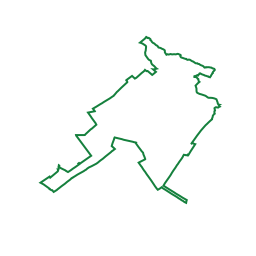 Gheraesti, Neamt, Romania, rotated 168°
{"feature_id": "2599482B79916457112257", "entity_name": "Gheraesti", "entity_type": "district", "adm_level": 2, "iso_a3": "ROU", "parent_name": "Romania", "parent_adm1": "Neamt", "projection": "equal_earth", "projection_center": [26.813, 47.034], "detail": "fine", "context": "isolated", "style": "outline", "palette": "green", "viewbox_px": 256, "rotation_deg": 168, "n_neighbors": 0, "source": "geoboundaries", "source_scale": "gbopen_adm2", "svg_char_len": 5634}
<svg xmlns="http://www.w3.org/2000/svg" viewBox="0 0 256 256"><g transform="rotate(168 128 128)"><path d="M158.3,154.2L157.1,151.7L157.0,151.3L163.9,151.4L161.8,146.5L161.4,145.4L158.7,139.4L158.6,139.1L158.6,138.9L158.5,138.4L158.3,137.8L163.7,134.8L164.3,134.6L164.8,134.4L170.8,130.8L171.7,130.1L180.3,131.9L180.3,131.4L169.8,108.5L179.7,104.3L182.3,103.2L183.1,104.0L183.9,103.6L183.2,102.7L187.5,100.8L190.3,99.7L192.7,98.6L195.8,97.4L195.9,97.5L196.3,97.7L197.2,98.7L197.7,99.0L197.9,99.4L198.1,99.6L201.7,102.4L203.1,103.7L203.3,104.1L203.3,104.7L203.0,105.3L203.0,105.5L203.4,105.9L203.8,104.8L204.1,104.2L204.3,104.0L204.9,103.7L203.7,104.2L204.7,101.7L205.1,101.4L205.3,101.6L205.3,101.4L205.4,100.7L205.7,100.2L214.4,95.6L214.8,96.8L225.0,92.7L222.3,90.4L217.2,84.8L217.4,84.5L215.7,83.0L215.0,82.9L214.6,82.0L214.0,80.9L210.4,82.2L210.0,82.5L206.7,84.1L205.1,84.9L201.3,86.6L198.7,88.0L195.4,89.5L194.1,90.3L192.7,90.8L192.8,90.9L189.8,91.9L187.2,92.9L180.3,95.0L178.9,95.6L177.6,96.0L176.3,96.8L174.3,97.6L171.6,98.2L166.3,99.7L164.5,100.5L162.5,101.6L162.2,101.7L161.0,102.3L159.1,103.1L155.8,104.9L154.0,105.8L153.6,106.0L151.2,107.2L149.8,107.9L149.3,108.2L149.2,108.3L148.6,108.7L148.1,108.8L145.2,110.2L146.2,111.7L147.7,113.7L146.3,116.3L144.0,119.9L143.5,121.0L143.2,121.2L143.0,121.5L141.3,120.7L136.2,118.3L134.7,117.4L126.1,113.5L125.3,113.0L124.3,112.6L123.8,112.4L123.1,112.0L123.5,111.4L123.3,111.0L121.7,107.3L120.0,103.7L119.6,102.7L118.4,100.7L118.4,98.9L118.1,97.5L117.8,95.7L117.7,94.6L117.6,94.0L117.7,93.9L117.8,93.8L122.7,92.5L124.8,91.9L123.0,87.7L122.9,87.6L122.7,87.3L121.9,85.0L121.4,83.8L121.2,83.2L121.0,82.8L120.5,81.9L119.3,78.8L119.0,78.2L118.8,77.6L118.6,77.3L116.2,71.8L114.4,67.3L113.6,65.2L113.4,64.8L112.5,62.8L111.7,61.4L109.5,62.1L107.3,63.1L106.7,62.1L105.3,60.7L104.6,60.1L102.0,57.5L100.9,56.4L99.8,55.3L99.1,54.6L98.5,54.0L94.6,50.4L92.9,48.5L92.4,48.2L91.4,47.1L90.0,45.7L89.4,45.3L88.7,44.4L88.2,43.9L87.1,43.0L86.7,42.7L85.9,44.6L85.5,45.3L89.3,48.7L91.4,50.8L95.1,54.2L95.8,55.0L100.5,59.5L105.3,64.2L103.4,66.3L96.4,72.8L94.3,75.1L92.4,77.0L89.7,79.5L87.8,81.5L86.9,82.2L84.9,84.2L82.1,86.7L80.6,88.2L79.7,89.4L78.9,90.2L77.1,89.4L76.9,89.5L75.3,88.7L74.9,89.5L74.4,89.2L71.6,92.2L65.6,98.2L66.7,98.8L67.1,99.1L67.9,100.0L68.2,100.1L68.7,99.6L69.7,99.1L67.8,100.9L65.8,102.7L62.0,106.2L57.0,110.5L52.6,113.8L51.5,114.6L49.3,115.9L48.9,116.2L46.3,117.8L45.0,118.5L44.9,118.6L44.7,118.8L44.0,119.0L43.8,119.9L43.3,120.5L42.8,121.4L42.5,122.3L41.2,123.5L40.8,123.8L40.2,124.0L40.3,124.7L40.2,125.7L40.0,126.3L39.6,126.6L39.5,126.9L39.3,127.0L39.2,127.2L39.4,127.5L39.3,127.8L39.3,128.1L39.3,129.2L39.3,129.4L39.2,129.5L38.1,130.0L37.6,130.0L37.1,129.9L36.5,129.5L35.9,129.4L35.5,129.5L35.3,129.5L35.2,129.4L34.9,129.6L34.3,129.8L33.7,129.9L34.2,130.7L34.5,131.8L34.0,131.9L34.8,132.3L34.9,132.7L35.1,133.5L35.0,134.3L35.2,135.4L35.5,137.6L36.0,138.1L37.4,139.0L39.3,139.9L41.4,140.5L42.4,140.7L43.1,140.9L43.6,141.3L45.2,143.1L45.8,143.6L49.2,145.6L51.0,146.5L52.0,147.3L52.9,148.0L53.3,148.8L53.3,149.9L52.8,152.5L53.1,155.4L50.3,157.3L48.6,158.2L49.1,158.7L49.1,159.5L49.1,160.4L49.1,161.3L49.4,161.4L49.6,161.6L49.9,162.5L50.5,163.4L50.7,163.5L50.8,163.7L51.2,163.8L51.8,163.9L52.0,164.0L52.5,164.1L52.5,164.3L52.2,164.9L51.8,164.8L51.2,164.7L50.7,164.9L49.8,165.2L49.3,165.2L48.9,165.3L48.6,164.8L47.3,165.9L47.0,165.9L46.6,166.5L46.1,166.5L44.5,165.1L42.5,163.9L42.4,163.7L41.7,163.2L40.6,162.7L39.2,161.8L38.9,161.8L38.6,161.6L38.5,161.3L38.1,161.0L37.2,160.6L36.9,161.0L36.2,161.5L35.6,162.4L34.6,163.3L34.2,163.9L33.6,164.1L33.6,164.7L32.9,165.4L31.3,166.5L31.0,166.8L31.3,167.9L32.1,168.4L33.0,168.8L33.8,169.7L35.0,170.1L35.8,170.5L37.2,170.9L38.8,171.0L39.0,171.1L39.1,171.3L39.7,171.1L40.1,171.1L40.4,171.1L40.7,171.3L41.3,172.5L41.7,172.9L42.1,173.3L43.8,174.4L44.3,174.8L45.0,175.7L45.5,175.9L46.1,176.1L46.3,176.3L46.6,176.8L47.6,177.0L48.4,177.3L48.8,177.7L49.5,178.4L50.1,179.2L50.4,179.3L50.8,179.7L51.5,180.1L53.2,181.8L53.5,182.0L54.1,182.2L54.5,182.3L55.3,182.2L55.4,182.3L56.2,182.7L56.4,183.0L56.5,183.2L56.6,183.4L57.0,183.4L57.6,183.8L58.4,184.2L59.8,185.1L61.2,185.9L61.5,186.2L61.6,186.4L61.8,186.9L61.9,187.5L61.5,187.9L61.3,188.2L61.4,188.5L61.6,188.7L62.7,189.4L63.3,189.9L64.0,190.2L64.4,190.2L65.9,190.1L67.0,190.4L67.5,190.6L69.4,190.8L70.3,191.1L70.5,191.3L70.9,191.5L72.6,191.4L73.4,191.5L73.7,191.8L74.2,192.0L75.2,191.7L75.3,191.9L75.3,192.2L75.7,193.0L76.2,194.3L76.1,194.7L76.0,195.4L75.9,196.3L76.3,196.8L76.9,197.5L78.8,198.8L78.9,199.0L79.5,199.5L80.5,200.0L81.1,200.2L81.5,200.5L81.9,201.8L82.6,202.7L82.9,202.8L83.5,203.4L84.8,205.3L85.6,205.8L86.5,206.9L86.9,207.7L87.1,208.6L87.5,209.0L87.8,209.3L87.7,209.5L87.6,209.9L87.6,210.2L87.9,210.7L88.6,211.2L88.8,211.4L88.9,211.8L89.1,211.9L90.3,212.0L90.9,213.1L91.2,213.3L92.9,211.9L98.5,209.0L97.6,208.5L96.2,207.5L94.0,205.3L93.5,204.6L93.4,203.7L94.6,200.0L95.4,198.6L95.6,198.1L95.8,195.6L93.9,191.2L93.1,190.1L91.7,189.1L91.6,188.7L91.7,188.0L91.7,186.8L91.3,185.3L90.3,184.0L89.5,183.1L88.0,180.5L87.6,180.1L89.9,180.0L90.9,180.0L91.2,180.1L89.0,177.1L92.0,175.5L92.2,175.4L93.3,174.9L95.6,177.9L96.9,179.6L97.0,179.7L97.9,179.7L98.2,179.9L99.3,181.3L99.4,181.2L99.9,180.8L100.6,180.2L103.3,178.9L106.2,177.2L109.4,175.4L109.6,175.3L110.2,175.2L111.0,174.9L113.2,178.1L119.7,175.2L119.8,175.1L119.8,174.9L119.4,174.4L119.2,174.0L119.1,173.7L119.2,172.9L120.6,172.1L126.3,168.7L130.7,165.9L131.2,165.7L134.4,163.2L135.1,162.8L135.4,162.4L136.4,162.1L139.7,160.7L146.1,158.5L148.6,157.5L149.7,157.2L154.1,155.6L158.3,154.2Z" fill="none" stroke="#15803d" stroke-width="2"/></g></svg>